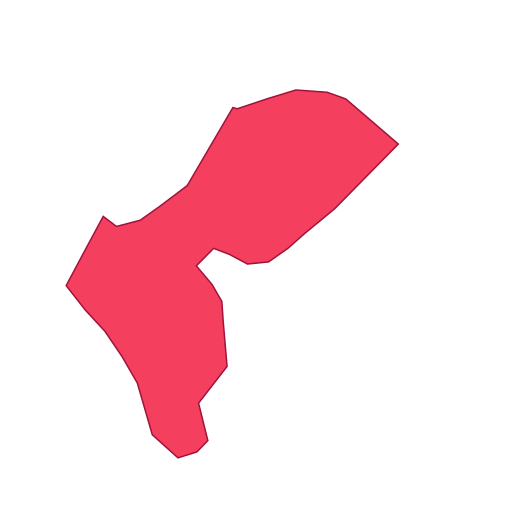 outline of Jongno-gu, Seoul, South Korea, rotated 60°
{"feature_id": "91817680B55576639555152", "entity_name": "Jongno-gu", "entity_type": "district", "adm_level": 2, "iso_a3": "KOR", "parent_name": "South Korea", "parent_adm1": "Seoul", "projection": "natural_earth1", "projection_center": [126.983, 37.59], "detail": "fine", "context": "isolated", "style": "filled", "palette": "rose", "viewbox_px": 512, "rotation_deg": 60, "n_neighbors": 0, "source": "geoboundaries", "source_scale": "gbopen_adm2", "svg_char_len": 624}
<svg xmlns="http://www.w3.org/2000/svg" viewBox="0 0 512 512"><g transform="rotate(60 256 256)"><path d="M115.9,201.8L160.6,280.3L164.9,314.8L167.1,338.4L160.6,362.1L145.3,368.5L169.3,407.3L186.7,435.2L188.9,434.9L217.3,430.9L245.6,424.5L276.2,422.3L306.7,422.3L359.0,435.2L391.8,424.5L396.1,405.1L392.3,391.8L391.8,390.0L354.7,379.3L337.2,336.3L295.8,316.9L278.3,308.3L258.7,308.3L234.7,312.6L228.2,288.9L241.3,278.2L258.7,267.4L267.4,248.1L265.3,224.4L260.9,202.9L254.4,164.2L230.2,76.8L164.9,99.7L149.7,112.6L132.2,138.4L125.7,166.4L119.1,198.6L115.9,201.8Z" fill="#f43f5e" stroke="#9f1239" stroke-width="1.5"/></g></svg>